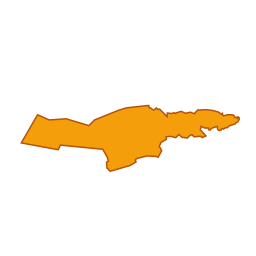 the district of Peshku, Bukhoro, Uzbekistan, rotated 315°
{"feature_id": "79887680B78868749126062", "entity_name": "Peshku", "entity_type": "district", "adm_level": 2, "iso_a3": "UZB", "parent_name": "Uzbekistan", "parent_adm1": "Bukhoro", "projection": "mercator", "projection_center": [63.754, 40.677], "detail": "fine", "context": "isolated", "style": "filled", "palette": "amber", "viewbox_px": 256, "rotation_deg": 315, "n_neighbors": 0, "source": "geoboundaries", "source_scale": "gbopen_adm2", "svg_char_len": 1375}
<svg xmlns="http://www.w3.org/2000/svg" viewBox="0 0 256 256"><g transform="rotate(315 128 128)"><path d="M177.5,188.7L177.9,180.4L180.9,178.5L182.2,182.2L184.7,184.8L183.8,186.3L184.7,187.6L186.6,187.2L192.2,189.9L190.6,192.0L190.4,193.4L191.0,194.7L192.5,195.3L193.8,194.7L194.4,195.0L194.7,196.3L197.1,196.7L198.2,197.9L201.1,198.1L203.8,199.4L206.7,200.9L208.7,200.7L209.8,201.3L211.7,200.9L213.2,200.3L214.0,198.6L213.6,197.8L212.2,198.4L212.2,197.0L211.1,196.3L211.7,193.9L211.4,193.0L210.5,191.8L207.7,189.0L205.3,187.6L204.2,186.8L204.1,185.7L205.2,184.4L203.7,184.0L203.3,180.8L200.3,175.5L196.1,170.2L190.6,165.3L190.4,164.6L184.9,164.7L183.3,160.9L179.2,158.4L177.3,153.7L172.9,151.5L171.8,151.3L171.5,149.9L169.0,148.5L166.4,145.2L163.7,147.6L163.7,136.9L162.2,136.0L162.3,134.0L158.7,133.4L158.2,130.4L157.5,128.6L158.6,126.7L141.1,112.6L133.2,108.5L110.2,98.7L102.0,98.6L90.8,77.8L78.0,66.6L73.4,54.7L42.0,63.1L63.3,94.0L68.1,92.3L95.1,125.2L92.8,133.6L90.8,137.5L88.7,137.0L84.8,141.4L84.8,146.0L103.2,156.1L109.7,157.7L110.5,155.8L112.5,155.7L121.8,161.3L128.0,168.2L128.6,170.0L135.8,167.9L136.1,166.2L136.8,165.2L136.7,163.4L140.9,161.6L147.3,163.1L148.8,161.1L152.6,164.5L154.9,168.6L159.4,168.6L159.5,172.6L162.9,177.1L166.3,177.0L168.4,177.8L168.5,181.0L173.4,185.0L173.6,187.2L177.5,188.7Z" fill="#f59e0b" stroke="#b45309" stroke-width="1.5"/></g></svg>